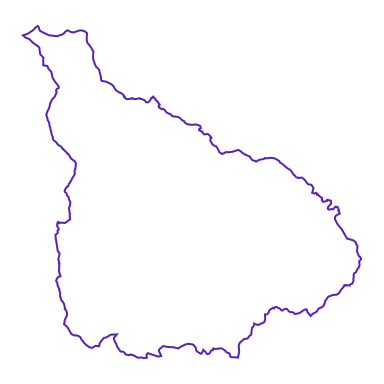 outline of Metes, Alba, Romania
{"feature_id": "2599482B52286891990585", "entity_name": "Metes", "entity_type": "district", "adm_level": 2, "iso_a3": "ROU", "parent_name": "Romania", "parent_adm1": "Alba", "projection": "orthographic", "projection_center": [23.404, 46.123], "detail": "fine", "context": "isolated", "style": "outline", "palette": "violet", "viewbox_px": 384, "rotation_deg": 0, "n_neighbors": 0, "source": "geoboundaries", "source_scale": "gbopen_adm2", "svg_char_len": 5852}
<svg xmlns="http://www.w3.org/2000/svg" viewBox="0 0 384 384"><path d="M133.5,355.2L137.8,357.8L141.4,357.4L143.4,358.0L146.8,357.8L146.5,354.8L147.9,353.2L158.2,356.6L161.2,355.9L158.8,350.6L159.6,349.0L163.2,346.1L168.2,347.0L173.1,347.2L178.4,348.4L180.1,347.1L185.1,344.6L188.1,343.8L192.2,344.3L194.0,345.4L195.9,347.9L196.1,349.7L196.6,351.0L199.0,352.8L201.2,353.8L202.5,351.8L203.3,349.8L206.0,352.5L206.3,353.2L207.5,354.2L209.7,353.4L211.1,350.4L212.8,350.3L213.3,348.4L215.1,349.0L220.7,348.4L222.3,348.6L225.6,351.0L225.6,351.5L227.5,352.9L229.1,353.2L229.8,354.0L230.2,356.0L230.8,357.1L238.1,357.5L239.2,351.1L238.7,345.9L239.6,343.0L244.0,339.1L247.5,338.5L249.4,336.0L251.1,334.8L252.0,327.9L253.6,326.2L254.3,324.2L254.2,323.7L257.8,325.0L260.0,324.3L260.3,323.9L262.9,323.0L264.1,322.2L264.9,320.5L265.3,318.3L264.9,316.6L265.1,314.3L266.8,314.5L268.7,312.6L269.2,310.6L269.9,309.8L272.5,308.2L272.6,307.8L274.0,308.5L275.2,307.0L276.1,306.9L279.8,308.5L281.0,310.0L282.3,310.6L283.4,309.6L285.4,308.8L287.0,309.0L288.8,311.3L289.9,311.9L293.5,312.5L294.8,314.0L299.5,313.1L304.0,309.9L306.3,309.3L306.7,309.4L307.3,311.9L309.6,314.4L310.6,316.0L312.5,314.0L316.8,311.5L318.7,308.5L321.6,307.3L323.7,305.7L324.0,304.3L324.7,303.5L325.0,301.2L328.2,296.7L332.9,295.0L336.6,294.7L338.7,293.4L339.8,292.0L341.0,289.8L344.2,286.2L344.1,285.4L345.3,284.9L346.4,285.6L347.2,285.2L349.5,285.6L349.5,285.1L350.7,284.2L352.3,283.6L353.5,280.8L353.3,278.6L353.8,277.4L353.6,275.4L354.0,273.5L356.0,272.2L357.4,269.0L358.6,267.8L359.6,265.2L359.1,261.4L361.0,259.5L360.9,258.2L360.6,258.1L359.9,256.6L359.0,256.3L357.0,251.5L357.5,246.2L355.9,243.5L355.9,242.6L353.7,240.5L347.0,238.5L341.7,229.2L337.6,224.4L335.0,219.3L335.0,217.3L335.9,215.6L339.8,213.5L338.4,210.7L339.0,210.3L337.4,206.6L337.6,206.3L336.4,207.2L335.7,206.7L334.9,207.2L333.0,209.4L331.3,209.1L329.0,209.6L328.0,209.1L327.8,208.1L328.2,206.8L331.1,203.6L331.1,201.6L330.8,200.6L329.5,200.5L327.9,199.8L326.8,200.1L326.8,201.0L323.2,201.9L321.7,199.9L322.1,199.2L321.9,197.6L321.2,197.5L318.6,195.4L318.0,194.4L316.9,194.6L316.7,193.3L316.2,192.9L314.2,193.5L312.2,192.9L313.5,188.0L311.4,184.8L308.2,184.3L306.4,182.3L305.1,180.2L302.5,178.0L301.3,177.5L298.8,178.1L298.5,177.6L297.5,177.8L296.2,177.3L294.7,175.4L293.6,174.6L290.6,170.2L287.0,168.0L282.5,164.1L280.0,162.6L279.6,161.4L279.0,160.8L274.5,158.3L270.8,157.8L266.0,158.4L264.9,158.0L263.8,159.0L259.4,159.8L256.1,161.6L255.2,160.9L252.6,160.3L250.6,158.1L250.0,156.7L244.8,154.4L241.7,152.4L241.0,151.5L238.5,149.9L232.3,151.8L227.9,152.3L226.4,152.0L222.1,154.0L219.4,152.2L217.6,148.4L216.1,146.3L215.3,146.2L212.4,144.4L210.2,140.4L210.7,138.3L211.5,137.9L211.1,137.1L210.2,136.8L210.2,136.2L209.8,135.6L207.7,133.9L204.3,134.5L202.6,132.9L202.4,131.6L200.7,131.1L199.0,129.9L199.0,129.3L200.9,128.0L200.0,125.8L196.1,124.5L191.7,124.8L187.6,124.3L185.8,123.3L184.5,122.1L183.9,120.9L182.1,120.3L180.7,118.6L178.5,117.1L172.4,116.2L170.1,113.8L169.1,113.8L166.6,112.5L164.5,109.8L162.6,108.8L161.8,109.1L159.5,107.9L158.9,107.2L158.6,105.7L159.0,105.3L159.4,105.6L159.7,104.4L158.7,103.5L158.1,102.0L155.7,100.2L155.3,98.6L153.9,97.8L153.2,96.6L152.2,97.4L151.7,98.3L151.1,98.2L150.3,100.1L149.0,101.7L147.6,102.4L146.1,102.3L145.1,100.8L144.0,100.1L141.7,98.9L140.5,99.0L139.5,98.2L135.2,99.2L133.7,98.9L132.6,98.1L131.8,98.3L132.0,98.7L126.7,99.1L126.0,98.8L124.7,97.5L124.8,97.1L124.1,97.0L123.6,95.6L123.8,95.4L122.0,93.6L118.8,92.2L116.3,90.5L114.5,88.3L113.7,86.4L111.5,84.3L106.2,81.7L101.7,80.9L100.9,79.4L101.1,78.2L100.8,76.5L98.9,69.3L96.2,66.9L94.9,64.2L93.5,59.9L93.0,57.7L93.4,51.6L90.7,46.9L87.3,42.6L86.7,39.9L86.8,35.7L87.1,34.3L86.8,32.9L85.1,31.6L83.7,30.8L80.0,30.3L73.4,32.5L70.4,31.8L68.2,30.5L67.2,30.4L65.2,31.8L63.8,33.5L62.4,34.4L57.2,36.2L53.4,35.8L48.7,35.2L40.2,31.0L39.2,29.3L38.9,27.4L37.8,26.0L35.1,27.7L34.9,28.5L32.6,30.5L27.5,33.9L23.0,35.3L25.2,37.4L29.3,39.1L33.1,42.9L38.6,46.7L39.3,47.8L40.2,54.3L43.5,57.8L43.1,59.8L43.4,62.3L43.2,65.3L47.4,66.0L48.4,68.8L51.3,71.8L52.6,77.9L55.0,81.6L58.7,86.5L58.7,87.9L56.6,89.1L56.1,90.3L56.6,92.5L54.4,97.2L52.4,99.0L50.1,103.6L49.2,108.0L47.7,110.7L46.2,114.7L46.7,115.5L46.8,116.8L47.3,117.8L47.8,120.4L48.7,121.6L49.4,123.6L49.4,125.5L50.2,127.5L50.5,129.5L51.3,131.9L51.5,134.1L52.9,137.2L52.7,138.6L53.6,140.2L56.8,142.9L58.0,144.9L60.4,146.0L61.5,147.0L62.3,148.6L63.3,148.9L63.6,149.6L67.3,153.2L67.3,153.7L68.2,154.0L69.8,156.1L69.7,156.6L70.6,157.5L70.8,158.4L74.4,161.0L75.5,162.4L75.9,163.6L75.4,168.6L74.6,170.7L74.6,172.4L74.9,173.1L74.4,174.9L72.0,178.6L71.1,180.9L70.5,181.2L69.8,183.0L68.9,183.8L68.4,185.8L67.1,187.0L66.7,186.9L64.8,190.1L64.7,191.7L66.7,193.6L66.9,195.3L68.7,197.2L69.0,199.6L70.3,201.7L70.1,205.4L68.9,208.2L69.4,210.6L69.3,211.4L70.0,213.8L69.6,215.8L70.2,219.3L65.0,223.0L60.9,222.6L59.1,223.2L58.5,221.9L57.5,222.6L57.1,226.0L58.5,228.2L58.8,229.4L57.7,230.5L57.5,231.2L57.8,232.6L57.5,233.3L55.5,234.8L55.6,237.3L57.8,251.3L59.1,252.4L59.6,253.6L58.7,257.9L58.3,258.5L58.4,259.9L58.9,260.5L58.9,263.3L59.4,263.4L59.4,264.3L59.1,266.3L59.3,267.1L58.9,268.6L59.3,269.2L58.9,271.3L60.5,276.2L58.1,277.0L56.8,278.9L56.1,281.1L57.2,282.6L57.6,285.3L59.4,289.4L59.1,289.7L60.2,292.8L60.0,295.0L60.2,297.2L60.6,297.4L61.4,300.5L62.4,301.3L63.9,303.6L65.1,308.7L64.8,309.0L66.4,310.8L67.0,313.2L66.9,315.7L64.7,320.2L64.5,322.7L64.0,323.8L64.1,324.3L67.2,326.8L71.4,334.1L74.4,335.4L76.6,335.4L78.5,336.0L80.2,337.0L81.7,340.0L83.0,341.1L83.5,342.2L86.4,345.1L89.6,347.3L92.0,347.9L95.6,345.8L98.9,346.3L99.4,345.6L99.4,344.1L101.3,340.8L104.1,337.8L106.3,337.5L110.7,334.7L116.8,334.4L113.9,337.8L114.0,339.2L115.0,341.9L116.4,344.1L116.9,346.2L120.5,351.5L123.3,351.7L124.8,353.0L125.5,354.4L129.4,355.2L130.9,354.4L132.0,355.1L133.5,355.2Z" fill="none" stroke="#5b21b6" stroke-width="2"/></svg>